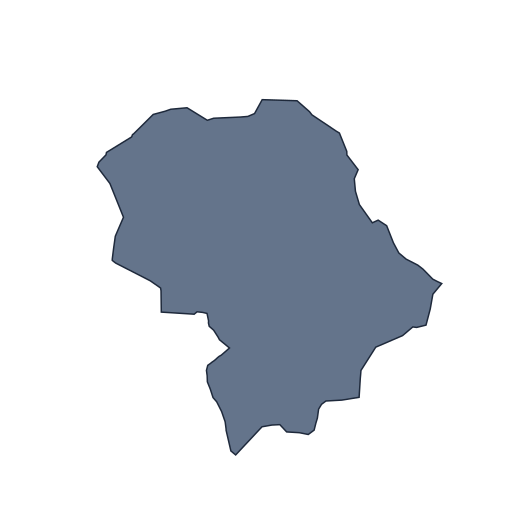 Khana, Rivers, Nigeria, rotated 321°
{"feature_id": "59680162B16294292751838", "entity_name": "Khana", "entity_type": "district", "adm_level": 2, "iso_a3": "NGA", "parent_name": "Nigeria", "parent_adm1": "Rivers", "projection": "robinson", "projection_center": [7.411, 4.698], "detail": "fine", "context": "isolated", "style": "filled", "palette": "slate", "viewbox_px": 512, "rotation_deg": 321, "n_neighbors": 0, "source": "geoboundaries", "source_scale": "gbopen_adm2", "svg_char_len": 1516}
<svg xmlns="http://www.w3.org/2000/svg" viewBox="0 0 512 512"><g transform="rotate(321 256 256)"><path d="M319.8,410.1L333.2,409.8L335.9,412.6L344.6,416.7L358.1,406.8L369.4,397.0L383.0,394.3L380.9,390.0L378.8,385.2L377.5,371.3L376.0,364.9L370.7,352.9L368.9,343.5L371.1,332.2L376.6,314.7L373.5,305.0L367.3,303.4L368.7,281.1L374.0,268.3L381.0,257.8L389.7,253.2L390.2,234.7L392.4,231.8L398.2,212.9L397.0,209.7L388.3,181.5L388.4,177.5L385.6,161.2L377.9,154.5L359.2,138.4L344.5,144.4L337.5,142.4L331.2,138.1L309.8,122.3L303.6,119.9L295.7,97.4L282.1,88.3L276.5,86.3L265.2,81.3L237.4,84.1L236.5,83.9L234.3,85.2L205.0,81.4L203.1,83.0L193.0,84.2L188.8,86.7L188.1,107.7L177.4,142.5L166.3,148.3L159.1,152.1L150.1,160.5L142.3,168.0L141.5,169.0L142.5,173.2L158.2,208.7L161.7,220.8L160.4,223.1L160.2,223.4L147.1,240.0L171.0,262.0L171.2,262.3L175.1,262.3L179.0,266.2L181.8,269.8L178.3,276.6L176.9,278.1L175.4,281.2L176.4,287.0L175.5,295.1L174.9,298.1L177.5,310.8L166.6,311.2L164.3,310.8L162.2,310.8L159.5,311.0L157.2,311.0L155.1,310.8L152.6,310.8L149.7,310.6L145.5,313.7L142.7,318.3L139.0,323.2L136.7,330.7L133.5,339.0L133.7,344.6L131.4,355.2L127.7,365.4L123.7,371.9L123.2,372.4L113.8,391.7L115.0,397.8L153.2,392.5L162.0,397.4L167.9,401.7L168.4,402.1L169.1,412.0L178.5,420.6L184.3,427.6L191.6,427.9L197.3,423.6L201.7,420.6L208.3,414.4L213.6,412.5L219.1,412.7L232.0,422.0L247.2,430.7L253.1,424.3L259.7,417.1L262.7,414.0L264.6,412.0L265.5,411.0L291.7,402.2L319.8,410.1Z" fill="#64748b" stroke="#1e293b" stroke-width="1.5"/></g></svg>